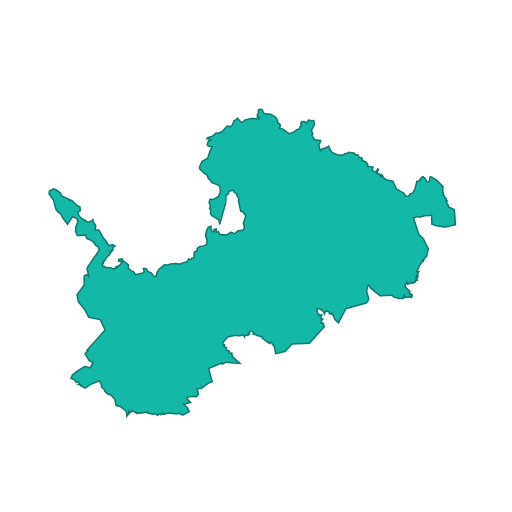 Zongolica, Veracruz, Mexico, rotated 80°
{"feature_id": "50627088B83388448178787", "entity_name": "Zongolica", "entity_type": "district", "adm_level": 2, "iso_a3": "MEX", "parent_name": "Mexico", "parent_adm1": "Veracruz", "projection": "orthographic", "projection_center": [-96.939, 18.652], "detail": "fine", "context": "isolated", "style": "filled", "palette": "teal", "viewbox_px": 512, "rotation_deg": 80, "n_neighbors": 0, "source": "geoboundaries", "source_scale": "gbopen_adm2", "svg_char_len": 6123}
<svg xmlns="http://www.w3.org/2000/svg" viewBox="0 0 512 512"><g transform="rotate(80 256 256)"><path d="M351.6,453.2L352.7,450.8L353.4,451.3L356.5,446.9L354.0,442.3L351.7,431.8L357.5,430.4L358.6,430.8L360.7,428.8L363.2,428.3L366.8,425.5L367.2,423.5L372.3,419.9L379.0,419.7L380.8,415.6L386.2,410.8L391.4,411.0L389.7,409.3L387.2,408.5L388.8,407.9L387.7,407.1L388.0,406.2L386.9,404.6L390.5,400.4L389.7,400.0L390.7,397.8L390.9,390.1L391.7,390.3L394.2,384.6L393.5,383.3L395.9,380.4L394.6,379.1L395.8,377.4L394.4,375.8L394.5,374.7L396.0,375.0L395.4,369.6L397.7,361.9L397.6,359.3L399.9,355.9L397.7,348.7L393.6,349.9L389.4,353.1L389.0,345.8L384.0,349.1L383.2,348.1L383.1,343.2L384.3,339.2L382.5,336.9L376.5,336.8L376.8,332.6L372.9,324.8L372.3,321.0L358.6,322.2L355.4,308.4L356.7,308.1L355.4,304.4L359.0,290.5L350.8,296.8L347.2,296.7L347.8,297.7L346.7,299.1L344.7,299.0L344.1,300.9L342.5,301.6L341.1,301.0L339.7,303.2L337.8,302.5L337.6,303.9L336.1,303.8L334.5,302.5L330.8,297.7L330.5,290.6L331.8,285.9L331.3,282.5L333.6,281.4L332.5,281.2L332.5,277.0L331.6,275.8L330.5,277.0L329.1,273.9L330.9,271.4L332.3,272.4L337.1,263.6L338.0,264.1L344.5,257.9L343.0,256.8L348.0,253.8L355.6,253.6L355.6,252.0L355.0,243.8L348.9,235.8L351.2,218.6L337.5,201.0L333.3,201.8L333.5,203.4L332.4,204.1L329.7,201.1L329.1,202.7L327.7,203.0L325.7,201.3L324.7,203.5L325.1,204.2L323.4,205.4L318.8,205.2L318.5,203.6L321.1,199.9L325.0,198.6L322.4,197.3L323.4,193.8L325.8,193.7L325.7,191.5L326.9,191.5L327.7,190.2L332.0,189.5L336.2,186.4L323.5,176.7L321.4,155.4L319.1,153.0L317.0,152.4L310.2,153.2L304.5,151.1L304.3,150.0L307.7,148.6L316.7,140.8L318.2,129.0L320.7,127.0L322.8,122.2L323.4,118.5L320.5,117.1L321.3,116.5L322.7,117.1L323.0,111.5L323.9,110.2L322.0,108.9L320.6,109.6L320.7,110.6L319.6,109.9L320.1,110.7L319.0,112.0L317.7,110.6L312.0,114.6L307.8,112.2L310.4,111.3L308.9,108.5L309.8,107.9L309.3,106.4L310.1,106.1L309.2,103.6L307.6,103.7L307.9,101.3L305.8,101.6L305.2,102.7L303.1,101.2L305.3,101.0L304.9,100.3L301.0,99.6L299.6,98.4L299.3,100.5L298.6,100.1L289.2,92.7L290.2,92.0L287.9,90.9L285.6,87.8L278.7,85.1L268.1,88.2L263.1,91.8L245.9,94.3L245.3,89.8L246.2,88.1L245.6,81.5L246.3,79.8L246.1,76.0L255.2,77.3L257.9,72.2L260.3,64.9L259.9,54.2L244.8,52.6L241.0,58.0L238.5,58.1L236.7,59.3L235.0,58.1L234.6,59.5L232.6,58.5L231.5,59.8L228.0,60.7L223.1,60.7L220.1,59.8L212.9,64.8L208.4,69.9L208.3,70.8L212.8,72.5L213.1,73.3L212.5,74.8L209.0,75.9L206.8,77.7L207.2,79.1L210.5,82.6L210.4,84.6L217.4,87.7L221.2,90.8L221.6,93.3L223.7,95.7L223.0,98.2L219.8,99.5L214.6,105.9L205.9,108.3L204.2,113.4L201.6,116.5L197.8,117.9L199.6,119.2L196.7,120.0L195.6,122.6L192.0,120.4L191.3,121.0L194.0,123.0L192.5,126.5L191.7,127.1L188.9,125.2L187.1,130.7L185.6,130.0L182.7,131.1L180.2,134.8L177.8,134.6L176.9,137.2L174.2,138.1L173.3,140.8L172.1,141.1L171.2,142.6L170.0,147.0L171.0,148.8L170.5,150.4L171.7,152.5L170.8,157.8L167.3,163.0L163.8,164.8L160.4,165.2L161.8,168.9L161.9,171.9L163.4,174.4L157.4,174.9L154.1,172.2L153.4,172.6L151.8,177.9L147.2,180.1L145.8,178.9L141.9,179.6L136.9,175.7L132.6,175.5L132.8,177.1L131.2,180.7L133.9,183.2L132.1,184.9L131.6,187.8L133.3,188.9L135.5,188.5L136.0,189.8L138.8,191.8L138.6,193.8L140.6,197.2L141.4,202.0L135.7,207.5L134.3,210.8L131.5,209.2L129.7,210.1L129.2,211.5L126.7,211.2L123.0,212.4L119.1,216.6L117.1,223.4L112.8,224.6L112.1,227.0L113.0,228.6L115.4,228.6L116.8,230.0L119.2,230.6L119.9,228.7L120.7,229.9L121.4,229.5L119.8,236.3L120.2,243.3L122.0,246.1L120.9,248.0L117.2,250.2L119.3,254.4L122.6,256.3L124.3,258.5L123.0,261.8L127.4,267.5L128.5,271.2L128.0,274.0L130.4,277.8L131.1,283.3L132.0,284.0L131.9,282.8L134.2,280.3L134.3,282.8L137.9,284.7L139.6,283.7L140.9,280.1L144.3,282.9L151.2,286.5L153.5,292.7L158.4,296.1L160.4,296.4L165.5,292.7L167.5,290.3L171.6,289.4L174.4,287.1L175.9,287.0L179.2,281.4L180.5,280.0L182.5,279.6L186.8,280.0L190.8,282.6L192.9,288.2L192.1,291.4L195.2,292.9L199.2,292.2L201.1,293.5L202.7,292.4L205.9,293.5L208.3,292.8L213.7,286.4L218.5,286.3L198.5,276.6L190.9,275.0L190.7,273.2L187.4,271.1L187.5,266.8L189.7,266.3L191.2,264.2L193.8,264.2L196.5,262.7L198.1,263.7L209.3,263.3L209.8,261.6L214.6,259.0L221.7,262.8L225.7,262.4L227.1,263.1L228.4,264.4L228.0,269.2L230.4,273.1L228.2,276.5L230.1,281.0L228.8,287.6L225.5,288.9L225.6,290.9L222.4,290.5L222.6,292.5L223.1,291.9L224.2,292.9L224.7,294.9L221.1,295.7L218.9,295.1L219.3,297.8L221.4,299.7L226.9,302.2L232.1,301.5L236.1,302.6L237.3,307.2L236.7,309.4L237.8,311.7L238.7,312.8L241.1,313.2L241.0,315.7L241.8,316.3L247.0,317.4L247.1,319.6L248.3,320.8L247.2,322.9L249.6,324.5L250.7,333.0L249.5,336.1L249.0,342.0L249.6,344.4L248.7,347.6L252.2,353.8L254.5,355.9L259.1,358.2L258.2,360.1L254.3,362.2L252.6,365.2L249.9,366.1L248.6,368.3L248.8,369.1L251.8,368.7L253.1,370.3L253.5,377.9L250.1,379.3L249.5,380.9L246.0,383.8L242.3,383.2L238.0,387.6L235.6,388.5L235.5,391.7L237.1,392.3L238.6,388.6L241.5,392.0L242.4,395.7L243.3,394.8L243.7,396.2L243.7,399.5L242.1,401.2L242.6,402.5L241.4,404.1L241.5,405.6L239.7,407.5L239.8,408.6L237.1,409.1L237.1,407.8L234.6,407.4L235.0,406.4L230.4,402.4L230.1,400.8L227.2,398.3L226.4,399.0L225.4,397.0L226.4,397.4L225.9,396.2L222.5,395.1L221.6,393.0L219.8,395.6L220.3,395.8L220.0,399.3L213.8,401.7L212.4,403.0L203.3,406.1L202.5,409.7L197.9,408.6L193.4,410.7L191.1,410.0L192.7,411.0L193.6,415.0L192.3,417.4L190.6,418.4L190.6,419.4L186.4,423.1L181.9,424.0L180.9,421.1L177.0,420.9L175.1,423.6L169.4,427.7L168.4,429.4L169.1,430.0L167.5,430.6L163.2,436.8L159.8,437.8L155.8,441.7L154.7,443.7L156.1,448.0L158.7,449.1L165.8,445.7L175.7,444.9L178.6,443.1L180.5,440.9L184.3,440.0L192.0,436.1L185.5,430.0L187.6,426.3L190.8,425.2L196.0,428.3L200.3,429.4L204.8,428.5L205.9,420.1L209.4,419.7L211.2,416.5L213.8,413.8L218.2,411.7L219.3,410.0L223.0,409.3L237.4,423.5L239.0,424.6L246.7,424.2L244.9,426.1L245.6,428.6L254.7,430.3L263.1,439.0L270.3,438.9L279.3,433.8L287.3,431.4L291.6,420.4L302.7,417.5L319.4,438.7L320.1,437.9L322.5,441.3L330.0,438.5L332.8,435.0L337.3,438.8L335.0,444.0L339.4,454.4L340.8,455.7L340.9,457.3L344.5,459.4L346.1,456.5L349.0,455.1L349.3,453.1L351.3,451.9L351.6,453.2Z" fill="#14b8a6" stroke="#0f766e" stroke-width="1.5"/></g></svg>